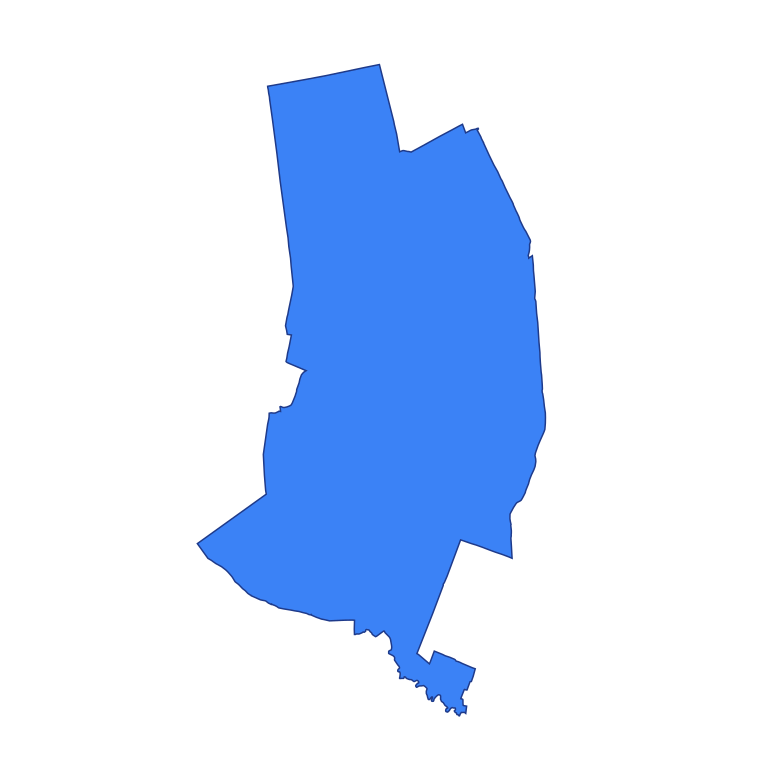 the district of Izvoarele, Olt, Romania, rotated 280°
{"feature_id": "2599482B97268462440902", "entity_name": "Izvoarele", "entity_type": "district", "adm_level": 2, "iso_a3": "ROU", "parent_name": "Romania", "parent_adm1": "Olt", "projection": "natural_earth1", "projection_center": [24.528, 44.252], "detail": "fine", "context": "isolated", "style": "filled", "palette": "blue", "viewbox_px": 768, "rotation_deg": 280, "n_neighbors": 0, "source": "geoboundaries", "source_scale": "gbopen_adm2", "svg_char_len": 6005}
<svg xmlns="http://www.w3.org/2000/svg" viewBox="0 0 768 768"><g transform="rotate(280 384 384)"><path d="M536.1,507.8L533.1,504.7L534.1,504.5L535.5,503.7L538.7,504.0L541.1,504.0L543.9,503.7L546.9,503.1L548.8,503.5L550.0,503.5L551.2,503.0L558.9,497.2L560.9,495.3L562.8,493.8L568.1,490.0L570.0,488.8L570.5,488.7L572.4,487.6L576.1,485.0L577.2,484.1L582.6,480.5L583.9,479.9L585.9,478.5L589.7,475.5L592.5,473.5L598.5,469.1L604.4,465.2L606.6,463.3L612.8,459.1L618.9,454.1L627.6,447.8L638.9,440.0L639.0,440.1L642.4,437.5L644.4,436.3L650.1,431.8L651.6,432.7L652.2,432.3L651.7,431.1L651.3,430.6L650.9,430.0L649.5,426.2L648.8,425.1L646.8,422.6L645.5,420.8L653.4,416.2L651.0,413.0L646.3,407.1L637.4,395.7L624.7,380.0L617.4,370.8L617.1,370.4L617.3,368.1L617.1,367.1L617.3,363.0L617.2,362.3L617.0,361.7L615.4,359.1L632.4,353.0L641.1,349.2L644.3,348.0L697.8,324.0L692.5,310.4L677.1,272.0L670.0,253.1L657.0,217.7L655.9,218.0L653.5,219.0L650.2,220.0L646.9,221.3L644.3,222.0L625.8,228.0L592.1,238.6L565.5,246.6L521.4,260.7L511.4,264.1L502.8,266.4L491.7,270.1L484.0,272.1L465.1,277.5L464.1,277.7L455.6,277.7L439.9,277.2L435.7,277.2L433.0,276.9L424.2,276.9L420.1,278.7L416.1,280.1L416.2,284.3L404.3,284.1L397.7,283.7L392.5,283.8L389.2,283.6L388.8,284.0L388.3,285.0L387.8,286.9L383.6,305.0L382.0,303.2L380.8,302.3L378.7,301.1L378.1,301.0L374.3,300.3L370.5,300.2L363.5,299.0L361.2,299.2L358.8,298.8L356.9,298.6L349.5,297.0L347.5,296.3L346.8,295.8L345.8,294.5L344.5,292.3L343.5,289.8L343.4,288.3L343.7,287.3L343.9,286.1L343.4,285.5L342.2,286.0L339.0,286.9L339.0,285.3L338.5,284.8L336.6,282.1L336.2,280.6L336.0,277.8L335.3,276.0L331.8,276.5L329.9,276.6L323.9,276.4L293.7,277.4L273.3,282.1L258.7,285.9L255.1,287.2L194.4,227.9L181.7,240.9L180.5,244.2L178.0,249.5L175.9,255.7L173.4,260.5L172.0,262.6L168.5,267.0L167.4,268.2L163.5,271.6L163.0,272.4L161.9,274.6L161.0,276.1L157.9,280.3L156.4,283.2L154.2,286.2L153.2,288.3L152.7,289.9L152.4,290.0L150.0,299.7L149.9,302.2L149.9,304.5L149.8,305.2L148.2,308.2L148.0,308.9L147.6,310.4L147.3,311.2L147.8,311.4L147.3,312.7L146.9,315.0L146.2,317.2L145.3,319.0L145.2,320.3L145.1,324.2L145.2,331.5L145.1,335.7L145.2,339.8L144.8,343.9L144.6,347.7L143.9,350.1L143.9,352.3L144.3,352.4L144.1,352.7L143.7,353.0L142.9,356.4L142.5,358.0L142.1,360.6L141.8,362.1L141.6,363.6L141.6,365.6L141.3,371.5L144.7,386.9L145.9,393.2L146.1,394.4L146.2,396.0L137.4,397.3L132.2,398.4L132.3,399.2L133.1,400.4L133.4,402.6L133.7,403.3L135.2,405.6L136.2,406.6L136.1,407.1L136.1,407.5L136.2,407.8L137.3,408.8L138.1,408.7L138.7,408.8L139.1,409.2L139.2,409.5L139.1,410.4L139.2,411.6L139.0,412.1L137.7,413.4L136.9,414.8L136.5,415.2L135.7,415.7L135.3,416.1L134.6,417.4L134.1,418.7L133.7,419.4L134.2,420.4L140.1,426.0L140.7,426.8L140.6,427.3L139.3,428.2L135.9,433.0L134.8,434.0L133.7,434.7L128.0,436.8L126.2,437.3L124.6,437.4L123.6,437.3L123.2,437.0L122.4,435.8L122.0,435.3L121.6,435.1L121.0,435.1L119.5,435.4L119.3,435.7L118.1,439.8L117.7,440.6L117.2,441.4L116.1,442.1L114.4,442.2L113.8,442.4L113.3,442.9L109.7,446.4L108.5,447.9L107.9,448.3L107.1,448.6L106.7,448.5L105.4,447.5L104.8,447.3L104.0,447.3L103.5,447.5L103.2,447.9L103.1,448.4L103.3,448.9L103.0,449.6L102.4,449.9L101.4,450.3L98.2,450.5L97.6,450.4L97.0,450.4L96.7,450.7L96.8,451.3L97.0,451.9L97.2,452.9L97.5,454.4L98.0,454.7L99.1,454.8L99.2,455.1L99.1,455.9L98.9,456.3L98.0,457.1L97.5,459.5L97.4,460.8L97.6,462.1L97.3,463.0L96.7,464.0L96.2,465.2L96.4,465.8L97.6,467.3L97.8,467.8L97.8,468.5L97.1,469.6L96.3,470.0L95.6,470.0L95.1,469.0L92.9,467.7L92.4,467.6L91.8,467.8L91.1,468.5L91.0,468.8L91.2,469.2L92.0,470.1L92.5,470.9L92.8,471.4L93.2,473.3L93.9,475.4L93.2,477.0L92.1,478.6L91.7,479.1L91.2,479.3L88.8,479.0L86.7,479.4L85.6,480.0L84.9,480.6L82.9,481.4L81.1,482.4L81.0,482.8L81.1,483.4L81.5,483.9L82.1,484.3L83.0,484.6L83.7,485.0L84.1,485.4L84.2,485.8L84.0,486.1L83.6,486.2L82.9,486.1L80.9,485.7L80.4,485.7L80.0,486.0L79.9,486.5L80.0,487.2L80.2,487.7L80.4,487.8L81.1,488.0L81.7,487.9L82.8,488.2L84.6,489.2L85.8,490.0L87.2,491.3L87.5,491.8L87.5,492.4L87.3,493.2L87.1,493.6L86.6,493.9L85.7,494.1L83.5,494.4L81.7,495.5L81.2,496.1L80.5,497.7L78.0,500.0L77.1,502.0L76.6,502.4L76.3,502.9L76.0,503.0L75.7,502.7L75.4,502.1L74.6,501.5L73.3,501.4L72.6,501.6L72.3,501.8L72.1,502.1L72.0,502.7L72.0,503.7L73.8,505.1L75.6,505.7L76.3,506.2L77.2,507.3L77.0,508.5L77.3,510.2L77.2,510.4L77.0,510.6L75.9,510.9L75.5,510.9L74.2,510.0L72.9,511.2L72.7,512.2L72.5,512.5L71.3,513.1L71.1,513.4L71.1,513.7L71.1,514.4L71.0,514.7L70.6,515.3L70.3,515.4L70.2,515.7L70.4,516.0L72.3,516.4L74.0,517.2L74.1,517.6L74.1,518.2L74.6,520.2L73.8,521.7L81.1,521.3L81.1,518.8L81.2,518.2L81.3,517.8L82.8,517.3L85.5,516.8L86.5,516.6L87.0,516.4L87.3,515.9L87.4,514.3L89.1,514.5L96.9,516.1L97.2,516.4L97.0,517.6L97.0,518.6L97.1,518.9L105.6,520.4L105.9,520.7L106.2,521.7L111.7,522.6L119.4,523.3L119.9,520.2L121.1,515.0L122.4,509.4L123.0,507.4L123.5,505.0L123.6,503.2L124.8,502.0L125.2,501.1L126.3,496.3L127.0,491.4L127.8,488.8L129.7,479.9L118.7,477.9L116.3,477.3L123.6,464.9L124.2,463.2L166.4,471.8L179.7,474.3L195.8,477.3L197.2,477.1L198.9,477.9L205.6,479.5L243.8,486.5L242.0,497.8L241.4,502.8L240.4,508.7L238.8,517.0L237.7,523.1L236.8,529.3L235.4,536.9L234.6,540.4L247.4,537.4L254.3,535.7L256.4,535.7L257.8,535.4L259.2,535.3L261.6,534.9L266.8,533.4L267.7,533.5L270.3,532.4L273.1,531.4L277.7,530.7L279.2,531.1L284.9,533.0L288.9,534.7L290.0,535.3L290.6,535.9L292.4,538.3L293.3,539.2L294.7,539.8L297.3,540.7L301.6,542.0L302.8,542.0L304.7,542.3L310.6,543.6L315.3,544.0L320.2,545.0L325.6,546.5L329.1,547.1L333.8,547.0L336.5,546.4L339.6,545.1L342.4,545.1L350.3,546.4L355.1,547.5L363.0,549.5L365.3,550.0L367.3,550.3L373.5,549.7L379.1,548.8L383.6,547.9L389.5,545.9L396.7,543.8L401.9,542.0L403.2,541.3L404.4,541.0L405.0,540.8L406.5,540.9L410.2,540.1L420.3,537.6L423.0,536.7L431.8,534.4L437.6,533.0L442.0,532.1L451.6,529.5L471.3,524.7L480.2,522.0L491.6,519.2L492.8,518.6L493.9,517.8L494.6,517.5L501.4,516.9L517.0,512.8L521.6,511.5L527.0,510.4L536.1,507.8Z" fill="#3b82f6" stroke="#1e3a8a" stroke-width="1.5"/></g></svg>